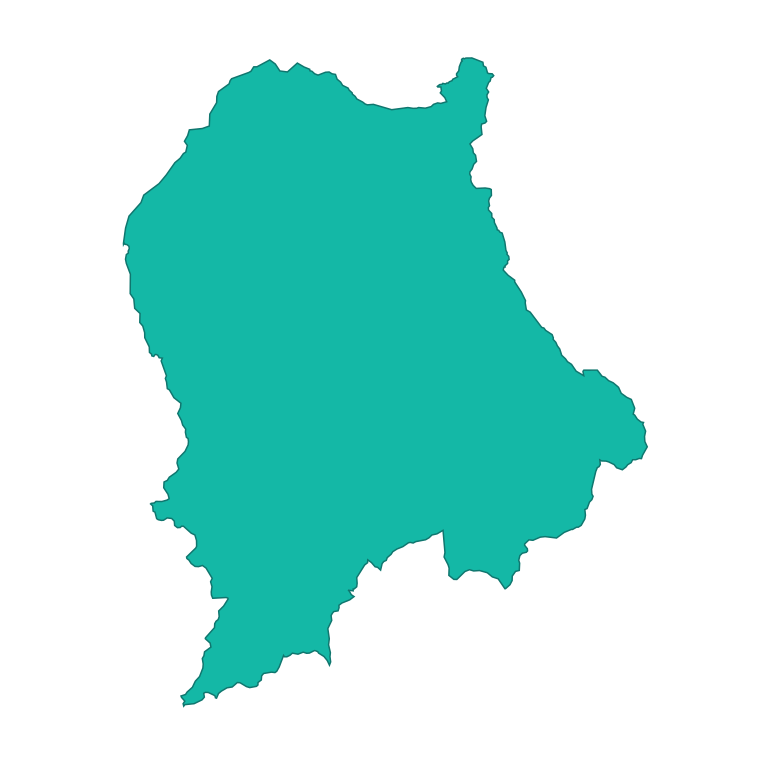 Sao Nicolau Tolentino, São Domingos, Cabo Verde (Robinson projection), rotated 92°
{"feature_id": "66160863B10929768356041", "entity_name": "Sao Nicolau Tolentino", "entity_type": "district", "adm_level": 2, "iso_a3": "CPV", "parent_name": "Cabo Verde", "parent_adm1": "São Domingos", "projection": "robinson", "projection_center": [-23.566, 15.021], "detail": "fine", "context": "isolated", "style": "filled", "palette": "teal", "viewbox_px": 768, "rotation_deg": 92, "n_neighbors": 0, "source": "geoboundaries", "source_scale": "gbopen_adm2", "svg_char_len": 6094}
<svg xmlns="http://www.w3.org/2000/svg" viewBox="0 0 768 768"><g transform="rotate(92 384 384)"><path d="M449.6,124.1L446.1,123.1L437.6,118.7L432.4,121.3L427.3,121.8L422.0,120.9L415.1,124.0L413.4,123.3L413.0,125.8L410.3,129.6L406.3,132.4L405.4,133.9L399.5,132.6L390.8,136.3L388.8,141.0L385.0,146.6L379.1,149.5L374.8,155.0L372.8,159.7L369.5,163.4L368.7,166.3L362.7,171.3L363.2,184.8L364.4,185.6L368.7,184.7L364.5,192.4L357.8,197.3L355.3,201.4L352.5,203.5L349.1,207.4L342.9,209.6L339.8,212.1L336.4,213.7L333.5,216.5L331.9,216.4L328.8,217.7L324.8,224.3L322.5,226.1L321.9,228.4L307.1,240.4L305.0,244.3L298.0,245.7L295.7,245.5L287.3,250.0L277.5,256.9L275.7,257.0L271.1,263.7L266.0,268.8L263.2,268.3L262.8,267.0L261.8,267.3L259.2,264.7L256.5,264.8L255.2,263.3L252.1,263.8L250.0,265.7L248.7,265.4L246.2,266.8L237.8,268.2L229.0,271.2L228.3,273.3L226.4,274.8L226.0,276.2L223.9,276.6L218.8,279.3L215.9,279.6L213.6,282.0L209.8,282.3L206.5,285.6L204.0,285.9L202.1,284.8L197.4,285.8L194.6,285.1L191.8,283.2L185.9,283.6L185.1,285.2L184.6,289.7L185.3,298.7L182.4,301.8L179.2,303.8L176.5,304.5L173.9,304.2L171.1,305.7L168.9,305.5L166.1,303.5L161.3,302.0L158.3,299.3L152.2,300.5L149.8,302.8L145.8,303.5L141.1,306.5L138.0,303.8L131.2,294.8L123.5,295.9L120.8,295.5L119.6,292.1L117.9,290.6L112.4,292.6L104.1,291.7L96.4,289.6L94.1,291.0L91.4,291.2L88.5,289.6L85.0,292.1L78.9,289.9L77.6,288.5L74.0,287.7L73.6,286.4L72.0,285.1L70.2,286.7L70.1,290.1L69.5,291.4L63.9,293.2L62.6,295.7L59.0,296.4L55.1,307.5L55.4,313.6L56.2,315.2L55.7,316.0L56.2,317.2L57.5,317.9L58.5,317.1L59.6,318.2L64.2,319.8L68.4,320.2L71.4,322.3L72.8,322.3L74.4,321.1L77.1,326.0L78.4,326.5L79.7,329.3L81.1,330.4L80.9,331.5L82.0,333.2L81.5,335.7L82.3,336.2L82.9,338.9L84.7,341.1L85.3,340.6L85.2,337.5L89.2,336.8L91.1,337.9L95.7,333.2L99.7,331.2L101.6,337.0L101.2,340.2L102.8,344.3L105.1,346.5L106.9,352.3L106.5,359.1L107.3,360.9L107.5,364.6L106.9,369.8L109.6,385.9L104.9,404.4L105.6,410.3L104.9,412.5L103.0,415.1L100.1,421.1L97.6,422.8L95.4,425.7L94.1,426.0L91.5,429.1L89.5,430.2L87.0,435.8L83.8,437.9L81.0,441.5L76.3,443.3L75.8,446.8L74.1,449.7L74.5,453.4L77.6,460.7L76.4,464.1L74.0,466.9L73.5,469.0L72.1,469.2L70.0,474.9L66.3,481.8L75.5,491.4L74.8,499.0L68.0,503.8L64.1,509.5L71.4,522.0L71.6,525.3L76.0,527.8L77.3,529.8L84.2,546.9L86.1,548.3L89.5,549.3L97.5,559.6L102.4,561.1L108.7,561.1L120.3,567.5L132.3,567.6L135.0,574.5L136.8,587.4L142.6,588.9L148.4,591.9L152.4,588.9L159.2,590.2L160.7,592.5L165.5,595.6L170.1,600.7L182.7,608.9L191.6,615.8L203.6,630.7L211.2,633.2L225.1,644.7L237.1,647.7L252.5,649.3L253.5,649.2L252.2,648.6L253.4,647.8L253.7,645.6L255.3,643.7L257.6,643.3L260.1,644.3L262.1,644.1L263.6,646.0L268.3,646.7L272.5,645.7L283.1,641.3L302.6,640.8L307.7,637.0L317.1,635.8L322.0,630.3L331.1,630.2L334.5,627.1L341.0,625.0L346.1,624.7L355.1,619.9L360.6,619.5L362.3,617.4L364.0,617.0L364.5,615.1L362.6,613.8L362.4,612.9L363.1,611.1L365.6,609.6L365.9,606.4L368.7,607.5L383.4,601.7L386.1,602.7L389.6,601.4L396.2,600.4L397.4,598.2L405.0,593.5L410.3,586.3L414.8,586.6L420.7,589.1L427.5,585.2L432.0,583.8L436.0,580.6L439.2,580.8L444.2,579.6L445.3,577.9L448.5,577.4L451.7,577.6L458.3,580.5L466.1,587.5L470.2,588.1L476.1,586.1L479.5,588.6L484.6,595.3L487.9,597.2L489.6,600.4L495.4,600.5L501.8,596.0L506.1,594.7L507.6,596.8L509.2,601.9L509.3,607.8L510.9,609.4L511.4,612.5L512.0,613.1L513.9,610.9L519.1,610.3L520.1,608.4L526.5,606.5L527.5,604.9L528.1,601.6L527.8,599.5L525.4,596.0L525.8,591.5L528.4,588.8L532.7,588.3L534.8,585.4L534.5,582.6L533.2,581.4L533.1,579.5L539.8,571.5L541.5,567.7L547.0,565.9L552.8,565.6L554.5,566.4L563.8,575.3L565.3,574.9L566.8,572.8L570.1,570.5L572.9,566.5L573.0,563.0L571.7,559.1L574.2,555.4L584.2,548.9L587.7,550.4L592.6,548.8L597.8,549.4L600.9,549.1L604.1,547.7L602.9,534.3L603.4,532.6L604.3,532.3L611.5,536.5L616.6,541.3L622.2,540.6L625.2,541.5L627.0,543.6L629.4,544.8L633.4,544.9L643.8,553.5L644.8,553.7L649.0,548.7L653.0,547.8L657.9,554.0L661.9,554.5L664.7,556.0L670.1,554.9L674.2,555.1L682.8,558.1L687.6,562.2L693.8,564.9L698.7,570.0L701.2,571.5L702.9,576.0L704.3,575.4L707.9,572.0L710.5,573.6L712.9,572.9L711.4,571.8L710.1,562.6L706.0,554.8L703.2,552.6L699.4,553.4L698.4,551.8L698.4,548.9L700.8,543.3L701.8,541.9L703.5,541.5L703.8,540.4L699.1,538.6L696.6,535.8L693.1,530.3L692.1,525.1L687.5,520.2L687.6,517.4L691.2,510.9L692.1,507.6L690.6,500.9L689.2,499.5L686.7,499.5L684.1,496.3L679.9,496.1L677.5,494.2L675.9,486.4L676.2,482.9L674.9,481.2L670.5,478.9L658.8,474.9L660.1,474.0L660.0,471.5L658.4,468.5L656.2,466.2L657.0,460.5L654.8,455.4L655.8,452.0L655.5,449.1L652.9,444.4L652.9,443.3L653.8,440.9L655.2,440.0L658.4,434.5L662.3,431.1L666.9,428.7L663.6,427.6L658.4,428.5L654.4,428.2L646.6,430.3L640.5,429.8L630.4,431.6L622.1,428.0L617.3,428.8L615.1,427.7L613.2,426.3L612.3,422.0L609.2,421.1L606.7,421.3L604.3,418.3L600.9,410.7L597.5,406.5L595.7,409.3L591.8,411.8L591.3,412.8L591.8,407.6L590.0,407.7L589.9,406.7L587.6,404.2L584.1,403.9L578.4,404.5L565.5,397.0L563.2,394.2L560.3,394.1L562.9,390.3L567.0,386.5L567.4,384.0L570.1,380.9L563.5,379.6L561.4,378.0L560.2,375.6L557.4,374.7L554.0,371.0L551.3,369.4L548.4,365.2L545.9,359.5L541.8,354.0L541.4,352.2L541.9,349.3L540.4,346.7L538.2,337.0L536.1,333.6L533.2,330.8L531.9,325.8L528.2,319.9L550.3,317.2L554.8,317.9L562.3,313.7L565.7,312.5L573.0,312.5L576.8,307.4L576.8,304.4L568.6,296.6L566.6,292.1L567.7,287.9L567.1,282.0L569.0,274.2L573.0,269.0L574.7,263.1L584.4,256.0L584.3,255.4L580.2,251.1L576.0,249.1L571.5,249.1L566.7,246.0L565.6,242.3L558.3,242.2L555.5,243.2L550.7,242.2L548.3,239.9L547.2,235.9L545.8,234.7L543.6,235.0L540.3,237.8L538.9,237.8L534.7,233.7L535.0,229.7L531.6,222.5L530.9,217.6L531.9,206.2L526.0,198.7L522.8,191.7L522.8,190.5L520.4,186.6L520.3,184.8L518.4,182.0L511.9,178.6L508.1,178.1L502.4,178.9L501.4,176.7L494.8,174.5L492.3,172.2L488.9,171.1L486.9,172.4L482.0,172.9L464.0,169.3L460.1,167.9L459.1,166.2L456.8,165.0L452.3,165.7L453.3,163.9L453.3,159.5L454.0,156.8L456.5,151.2L459.6,148.6L461.4,142.8L458.5,139.3L456.2,137.7L453.9,134.2L451.0,132.9L450.9,129.8L449.5,126.4L449.6,124.1Z" fill="#14b8a6" stroke="#0f766e" stroke-width="1.5"/></g></svg>